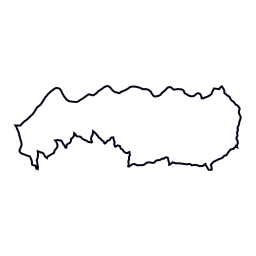 outline of Nova Marilândia, Mato Grosso, Brazil
{"feature_id": "56859067B8874694960796", "entity_name": "Nova Marilândia", "entity_type": "district", "adm_level": 2, "iso_a3": "BRA", "parent_name": "Brazil", "parent_adm1": "Mato Grosso", "projection": "natural_earth1", "projection_center": [-57.302, -14.299], "detail": "fine", "context": "isolated", "style": "outline", "palette": "ink", "viewbox_px": 256, "rotation_deg": 0, "n_neighbors": 0, "source": "geoboundaries", "source_scale": "gbopen_adm2", "svg_char_len": 5785}
<svg xmlns="http://www.w3.org/2000/svg" viewBox="0 0 256 256"><path d="M237.1,147.3L236.2,145.6L237.1,145.5L237.3,144.6L237.8,143.3L237.8,141.7L237.4,140.5L237.0,139.7L236.4,138.8L236.6,137.4L237.3,136.3L237.5,135.1L237.0,132.7L237.5,131.4L238.0,129.2L237.5,128.3L237.7,127.2L238.2,126.3L239.1,124.0L239.2,122.9L239.3,121.9L239.7,120.9L240.6,118.4L240.6,116.9L240.1,115.6L239.4,114.3L238.9,113.0L238.9,111.6L239.1,110.2L239.7,109.2L239.4,107.8L238.7,107.3L238.4,106.2L237.6,105.6L236.9,105.1L235.9,104.7L235.0,103.7L234.2,102.5L233.5,101.7L232.6,101.1L231.6,100.6L231.0,99.7L230.4,98.6L229.9,97.3L228.9,96.5L228.2,95.8L227.0,95.4L226.5,94.8L225.6,94.0L224.3,92.9L224.4,91.3L224.0,89.9L223.4,88.7L222.6,87.6L221.8,86.4L220.8,87.0L219.7,88.2L219.2,89.1L214.0,88.5L212.7,91.0L212.1,92.2L211.8,93.2L211.4,94.0L209.5,95.6L208.5,96.1L207.1,96.8L206.3,97.0L205.2,97.6L204.5,97.5L203.5,98.4L202.5,98.1L201.7,98.3L201.4,96.8L200.8,95.1L200.2,94.2L199.3,93.6L198.1,93.2L196.6,93.7L196.0,94.3L194.9,95.2L193.8,96.0L192.3,96.3L190.5,96.2L189.2,95.8L188.5,95.3L187.4,94.8L186.1,94.0L184.8,93.3L184.2,92.1L183.7,90.7L182.4,89.8L181.7,89.4L180.7,89.3L178.9,89.2L177.5,89.0L176.5,89.3L175.2,89.5L173.5,89.6L171.9,88.1L170.7,87.3L169.6,87.1L168.8,87.2L167.6,87.7L166.9,88.4L166.3,88.9L165.6,89.8L164.6,90.8L163.9,91.2L163.1,92.1L161.8,93.0L161.2,94.0L160.7,94.6L159.7,95.3L158.8,95.7L157.1,96.2L154.9,96.5L153.7,96.1L152.7,94.8L151.9,93.8L151.4,92.7L150.9,91.9L149.7,90.7L148.0,89.6L146.3,89.2L145.3,89.1L143.6,89.1L142.7,89.2L141.3,88.4L139.8,87.7L135.3,86.6L132.7,86.6L131.6,86.7L130.1,87.0L129.2,87.8L126.4,89.6L125.7,89.9L124.8,90.4L123.3,90.9L122.4,91.4L121.1,91.8L120.0,92.8L119.1,93.2L117.1,92.5L116.3,92.3L115.5,92.3L113.9,91.4L113.1,90.8L111.6,89.2L110.8,88.1L110.0,87.3L109.3,86.7L108.4,86.2L107.6,86.1L106.8,86.1L104.4,87.0L101.6,89.1L100.5,89.8L99.6,90.5L98.7,90.9L98.0,91.5L97.4,92.2L96.5,93.2L94.3,94.7L93.4,95.2L92.3,95.3L90.7,94.8L89.8,94.4L88.7,94.4L87.5,95.1L85.5,96.5L84.7,97.3L84.0,97.6L82.8,98.5L80.9,99.6L78.7,101.1L77.7,101.6L76.6,102.0L75.9,102.0L75.1,101.9L72.4,101.7L70.9,101.5L69.6,101.3L67.2,100.2L66.2,99.2L65.1,97.7L63.9,96.1L63.4,95.1L62.0,92.8L61.7,91.8L60.8,90.1L60.0,89.1L59.0,88.5L57.9,88.1L56.2,87.9L54.9,88.5L51.5,90.9L50.6,91.8L49.6,92.7L48.9,93.2L48.2,94.0L47.3,95.0L46.8,95.7L45.4,97.1L44.0,99.5L43.2,100.6L42.7,101.7L41.9,102.7L41.5,103.5L40.9,104.2L39.6,105.5L38.9,105.9L38.2,106.6L37.4,107.1L36.8,107.6L36.4,108.6L35.5,109.9L33.9,112.6L33.0,113.7L32.5,114.4L31.8,114.9L31.2,115.6L30.4,116.2L29.9,116.8L29.3,117.4L26.1,120.3L24.8,121.0L23.4,122.3L20.3,125.5L15.4,125.5L16.1,126.4L16.5,127.3L17.0,128.8L17.7,130.1L18.5,132.2L19.0,133.7L19.3,135.4L19.8,136.9L20.1,138.4L20.6,139.7L20.7,140.9L21.3,142.0L21.5,143.5L21.5,144.7L21.4,145.8L20.8,147.1L20.2,148.9L19.6,150.0L19.5,151.2L20.8,153.1L28.6,156.2L29.8,156.3L31.4,159.9L31.9,161.7L32.0,164.3L32.5,165.0L35.1,165.6L35.9,166.5L36.0,167.7L36.4,168.6L37.7,169.1L38.0,167.6L37.8,166.0L37.4,164.9L37.2,162.1L36.7,160.2L37.1,159.5L37.7,157.7L37.9,155.5L38.1,154.5L37.8,151.3L38.6,151.6L39.4,151.7L41.2,152.6L42.9,152.8L44.0,154.6L45.5,157.0L47.0,158.1L47.3,157.1L47.9,156.4L49.9,155.2L52.7,153.6L53.9,153.0L54.3,152.0L54.4,151.0L55.2,149.7L56.0,148.9L57.2,147.2L57.6,145.7L57.2,144.1L56.5,142.4L56.0,141.3L55.1,140.4L57.1,140.0L61.5,140.7L62.0,141.8L63.0,143.5L63.5,144.3L64.1,145.1L64.6,146.0L64.9,146.9L65.5,147.6L66.4,147.6L66.4,146.4L66.5,145.3L67.3,144.2L70.0,142.8L70.5,141.9L70.8,141.0L71.1,140.0L70.9,139.1L72.5,137.9L73.4,136.6L73.8,135.9L74.1,134.3L74.2,133.2L75.5,134.3L76.1,135.8L77.2,136.4L78.3,136.5L79.1,136.5L80.0,136.6L80.9,137.2L81.5,137.8L82.5,138.8L83.7,139.5L85.0,140.1L86.4,140.6L87.1,141.0L87.8,141.6L88.6,142.1L90.5,142.2L91.4,142.5L92.1,142.0L91.4,140.4L91.2,139.4L91.1,138.1L91.5,136.8L92.6,134.7L92.9,133.3L92.9,132.4L93.0,131.2L95.4,133.1L98.0,136.2L98.7,137.4L99.4,138.0L100.4,138.7L101.1,139.2L101.5,140.0L102.1,140.5L102.9,141.0L103.6,141.5L104.0,142.7L104.8,143.5L105.9,142.8L106.8,141.5L107.7,140.7L108.8,140.4L109.9,139.8L110.4,138.7L111.2,137.7L112.2,137.5L113.3,137.4L113.9,140.3L114.2,141.1L114.7,142.0L114.4,143.0L114.3,144.3L115.0,146.6L115.8,146.6L116.5,146.0L117.7,145.4L118.5,145.7L119.6,145.9L120.1,146.5L120.3,147.6L120.8,148.5L121.4,149.1L122.2,149.4L122.9,150.0L123.4,151.0L124.4,152.0L125.3,152.6L126.3,153.0L127.3,153.0L128.1,152.6L129.4,152.0L129.9,155.3L129.4,156.2L129.0,156.9L129.0,157.9L129.2,159.1L128.7,160.1L128.4,161.1L128.4,162.0L128.6,163.5L128.6,164.8L128.2,166.3L129.0,166.6L130.0,165.9L131.1,165.1L131.9,164.6L132.9,164.2L134.0,164.0L135.5,164.4L136.4,165.0L137.3,165.2L138.1,165.3L139.8,165.2L141.7,165.2L143.2,165.0L144.3,164.6L145.1,163.9L146.1,163.1L147.1,162.6L148.3,162.4L150.2,162.4L151.1,162.6L152.1,162.9L153.0,162.9L154.0,162.7L154.9,161.8L155.9,160.9L156.5,160.4L157.3,160.3L158.5,160.1L159.4,160.1L160.1,159.8L161.1,159.4L161.7,158.8L162.7,158.6L163.7,158.7L164.4,158.3L165.1,157.7L166.0,157.3L167.6,157.6L168.1,158.8L168.4,160.3L168.6,161.3L169.2,162.9L169.2,164.8L170.1,164.4L171.6,163.3L172.7,162.3L173.8,162.9L174.7,162.8L176.0,163.4L178.2,163.2L186.7,164.3L187.9,164.2L189.2,164.0L190.1,164.1L190.9,164.5L191.7,165.3L192.5,165.2L193.3,165.1L194.2,164.9L195.2,164.9L197.2,165.2L197.9,165.4L198.8,165.8L199.8,166.2L200.7,166.0L201.7,166.1L203.1,165.9L203.9,164.9L204.6,164.4L205.4,164.0L205.6,165.0L207.0,167.0L208.1,169.0L208.8,169.9L210.3,169.8L211.8,169.6L211.6,167.8L210.9,164.5L212.0,163.6L212.5,162.7L213.4,161.9L215.1,161.0L216.8,160.2L217.9,159.7L218.7,159.2L220.9,158.5L221.8,158.0L222.6,157.7L223.2,156.8L224.1,155.9L225.2,155.5L226.4,155.3L227.1,154.1L228.9,151.4L229.7,150.5L230.4,149.4L231.5,149.4L232.7,148.9L233.5,148.9L234.1,147.8L235.0,147.3L235.8,146.9L237.1,147.3Z" fill="none" stroke="#020617" stroke-width="2"/></svg>